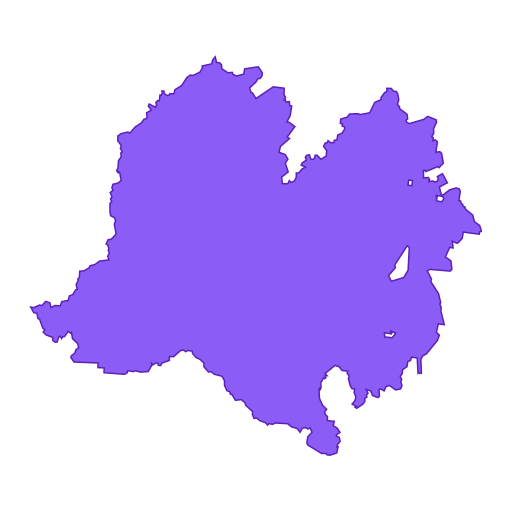 Central Highlands (Qld), Queensland, Australia (Albers equal-area conic projection)
{"feature_id": "25037944B88333903625107", "entity_name": "Central Highlands (Qld)", "entity_type": "district", "adm_level": 2, "iso_a3": "AUS", "parent_name": "Australia", "parent_adm1": "Queensland", "projection": "albers", "projection_center": [148.529, -24.063], "detail": "fine", "context": "isolated", "style": "filled", "palette": "violet", "viewbox_px": 512, "rotation_deg": 0, "n_neighbors": 0, "source": "geoboundaries", "source_scale": "gbopen_adm2", "svg_char_len": 6024}
<svg xmlns="http://www.w3.org/2000/svg" viewBox="0 0 512 512"><path d="M472.7,215.0L465.6,209.3L464.8,206.8L463.2,206.6L462.7,204.4L461.1,203.5L460.7,201.0L458.9,200.5L460.3,191.4L459.3,188.9L456.2,187.9L449.7,189.8L443.0,195.0L441.3,194.7L439.4,187.0L447.4,182.8L442.5,173.7L437.3,176.5L438.3,178.2L437.6,181.0L434.7,182.0L433.0,181.0L428.8,181.5L429.6,179.6L428.4,177.5L423.6,178.0L423.4,170.5L424.9,170.1L425.7,171.6L437.9,166.6L439.0,167.7L443.3,163.2L441.7,153.5L439.9,151.7L435.9,152.2L437.4,141.7L435.0,139.8L433.0,140.9L433.3,137.9L431.8,136.5L433.8,133.2L433.5,128.9L436.6,122.1L436.1,119.8L427.7,116.4L424.0,119.3L409.2,123.6L406.4,122.0L406.2,120.1L407.7,118.9L407.0,114.2L399.7,108.8L399.5,106.6L397.4,104.5L398.8,99.9L397.8,94.1L396.4,91.5L393.5,91.1L391.2,88.4L386.8,88.3L386.9,91.5L384.6,92.6L381.0,97.6L381.2,99.6L374.7,102.4L369.7,112.8L360.1,114.6L358.3,113.7L349.6,114.0L347.1,117.2L340.7,119.0L340.3,123.3L342.5,124.0L342.1,126.0L344.5,126.9L344.6,129.2L341.9,133.2L337.7,135.0L337.0,139.7L334.1,140.4L334.0,142.7L330.5,142.6L328.0,140.7L327.3,142.5L325.0,143.2L323.6,146.5L326.7,150.7L326.2,156.0L321.0,159.3L317.3,155.4L315.2,155.2L314.5,158.5L312.3,159.5L310.9,159.2L309.4,154.8L306.5,155.4L305.3,157.3L306.3,160.2L302.3,162.8L301.1,165.1L305.4,167.1L301.9,169.1L298.8,172.9L296.3,173.0L296.2,177.6L294.2,181.3L290.8,182.4L289.3,180.7L287.9,183.7L282.3,183.7L281.7,177.0L288.2,171.9L285.3,163.1L287.9,159.2L285.3,154.6L279.1,152.3L280.4,146.4L289.5,138.6L287.2,137.0L294.9,126.6L289.1,122.2L286.9,122.0L290.2,115.7L291.7,106.0L289.8,105.7L289.3,101.6L285.9,102.0L285.3,99.5L284.3,99.8L285.6,97.3L284.0,94.7L284.2,88.2L273.3,86.8L256.0,98.5L252.4,92.8L251.2,92.6L249.5,88.0L256.1,81.9L257.7,78.9L260.1,78.5L262.0,76.0L262.3,72.7L258.3,66.8L244.7,68.8L243.7,74.1L236.5,76.0L233.0,74.4L232.3,72.4L227.9,72.7L221.9,68.8L221.5,64.7L219.8,62.9L216.5,62.3L215.2,56.8L212.9,59.6L211.6,63.9L202.2,66.0L202.4,68.0L199.9,72.1L193.4,75.4L190.2,75.1L186.8,77.6L181.7,85.5L174.9,89.7L173.9,93.8L169.9,93.6L169.5,94.8L166.9,95.5L164.3,93.5L163.9,91.0L161.8,91.1L162.4,92.8L161.2,95.2L160.0,95.0L159.3,100.8L157.5,100.6L155.8,102.7L156.6,104.2L155.5,107.3L149.2,104.0L148.3,106.2L151.3,110.1L146.6,112.7L147.1,117.2L145.9,119.0L144.1,119.1L141.2,123.1L135.1,127.0L129.9,133.1L128.0,132.0L121.1,133.6L117.8,136.0L117.8,140.9L121.3,145.7L120.4,148.6L122.4,151.9L120.8,153.0L121.2,156.8L118.5,160.6L117.9,168.2L116.6,170.7L118.1,172.7L118.6,171.7L119.7,172.6L121.2,180.5L117.9,183.1L112.9,184.3L111.9,187.8L113.0,190.3L110.2,192.5L112.0,196.8L110.5,198.9L111.7,201.9L110.0,203.2L110.0,211.8L110.6,215.7L114.5,217.7L115.6,221.0L114.3,224.0L116.1,234.0L111.3,239.2L108.1,239.7L106.1,244.0L107.5,244.7L108.9,248.5L108.2,250.1L109.3,252.9L107.7,256.3L108.9,259.9L99.5,261.1L94.8,264.6L90.1,265.7L89.0,267.9L84.1,270.8L79.7,271.2L79.4,277.3L77.8,279.1L78.2,280.5L76.2,284.4L77.2,289.2L75.7,289.8L72.7,294.6L69.4,295.9L68.2,300.4L61.8,301.6L60.3,305.8L54.8,305.5L51.0,307.6L49.9,302.8L45.6,301.4L41.9,305.6L39.6,305.0L33.7,307.6L30.7,307.1L33.8,312.7L37.1,313.4L37.8,318.4L39.6,319.3L42.8,328.1L44.8,329.5L43.2,332.1L46.2,335.0L52.6,337.4L52.8,340.4L55.0,342.2L57.1,342.1L58.8,336.9L60.4,336.1L61.5,338.6L62.8,336.8L64.7,336.5L68.1,331.3L70.4,333.2L71.5,332.5L72.5,338.7L77.6,343.5L78.7,347.7L76.1,349.5L74.6,353.3L71.2,356.0L70.9,357.5L74.0,362.0L98.1,363.0L97.9,367.6L104.2,367.9L104.0,372.7L124.5,374.3L127.2,372.7L127.8,370.7L133.4,371.6L135.3,370.7L140.3,372.1L148.1,371.6L151.7,365.5L151.6,363.5L152.9,364.8L156.0,363.0L158.0,363.2L158.3,365.3L160.6,365.6L162.0,363.1L169.4,360.4L169.3,356.6L173.6,356.7L180.6,350.5L183.8,350.1L185.6,351.7L187.8,350.5L192.1,351.1L192.6,353.5L195.9,357.4L200.0,359.4L204.0,363.2L203.9,366.7L208.5,372.0L211.3,371.7L214.1,374.2L221.9,376.2L224.5,380.7L224.5,385.4L227.0,390.8L229.7,391.6L230.4,394.3L231.9,394.4L235.4,400.3L241.2,399.6L244.9,402.6L245.8,405.4L252.7,411.7L252.3,414.1L254.0,418.4L256.6,418.1L259.9,420.7L265.6,422.8L267.6,425.1L269.0,423.6L272.6,424.3L275.4,423.0L287.6,423.7L291.6,426.9L297.1,428.5L300.1,432.3L302.3,428.2L305.5,427.6L307.9,429.0L310.2,427.9L312.0,432.3L307.8,436.8L306.8,443.0L307.7,445.0L321.4,453.4L326.4,453.6L326.9,454.8L330.0,455.2L336.7,453.0L338.1,446.8L336.9,447.0L337.1,445.2L340.1,441.5L339.3,437.4L336.6,436.2L336.3,434.9L340.0,432.4L337.1,428.0L333.2,425.7L334.3,421.3L327.3,420.6L327.5,416.6L325.2,414.2L324.7,411.4L326.7,409.3L322.7,405.5L319.5,398.5L319.0,389.9L319.4,387.6L319.7,390.2L321.0,388.0L320.8,382.8L323.5,377.9L324.7,378.7L325.8,377.8L325.2,375.8L327.1,375.7L325.1,373.5L335.0,365.4L339.3,366.9L342.0,370.5L347.8,371.2L347.1,373.3L349.2,376.1L348.4,378.5L350.1,385.4L352.0,388.7L354.7,388.9L354.1,392.6L355.8,396.7L355.2,400.2L352.1,404.1L356.4,406.4L355.0,407.2L356.7,408.3L363.1,404.0L364.9,401.3L364.7,398.7L366.9,397.0L366.5,394.9L368.0,393.3L366.2,389.3L370.8,391.0L372.5,395.5L377.9,397.6L379.4,396.3L379.0,389.8L380.4,388.9L384.1,390.9L386.1,386.6L389.6,385.5L395.6,389.9L400.6,388.9L402.0,385.5L400.8,381.8L401.7,379.6L400.2,376.1L402.1,374.0L402.7,369.6L407.0,366.7L407.8,361.5L410.5,360.5L411.5,357.2L417.2,357.9L418.0,373.0L418.6,372.2L419.8,373.5L421.4,373.2L420.8,359.3L422.9,355.8L426.5,353.8L437.4,340.5L439.4,335.2L436.4,332.2L438.3,323.9L444.3,324.7L440.9,311.0L441.2,307.4L439.8,304.0L440.7,302.7L438.5,293.5L430.8,281.6L431.5,279.1L427.3,270.9L429.8,269.4L450.2,271.1L451.9,269.3L450.9,260.8L445.4,257.0L449.7,247.4L453.1,248.0L452.3,241.3L457.2,243.3L458.8,242.0L462.2,238.4L463.3,232.1L479.3,234.2L479.6,231.9L481.3,231.4L480.7,228.4L479.6,225.4L474.5,221.7L472.7,215.0ZM407.3,245.7L409.3,247.4L408.1,270.2L403.7,277.5L391.3,281.3L388.6,275.5L395.4,267.7L394.8,264.9L407.3,245.7ZM384.8,336.9L384.4,332.7L391.4,333.9L391.8,333.0L390.5,333.1L390.8,330.9L395.7,333.2L392.1,337.8L384.8,336.9ZM441.9,201.8L436.5,200.9L437.1,196.9L436.0,196.7L436.2,195.5L442.4,196.3L443.9,198.5L441.9,201.8ZM408.0,185.2L408.7,180.0L412.5,180.6L411.8,185.7L408.0,185.2Z" fill="#8b5cf6" stroke="#5b21b6" stroke-width="1.5"/></svg>